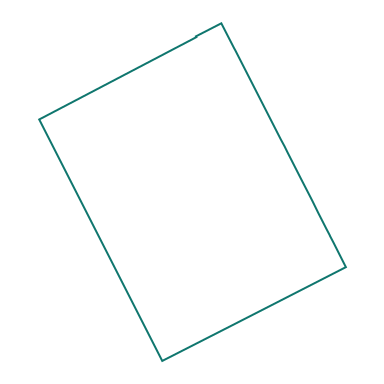 the district of Grant, Oklahoma, United States of America, rotated 63°
{"feature_id": "52423323B2994671035197", "entity_name": "Grant", "entity_type": "district", "adm_level": 2, "iso_a3": "USA", "parent_name": "United States of America", "parent_adm1": "Oklahoma", "projection": "robinson", "projection_center": [-97.776, 36.796], "detail": "fine", "context": "isolated", "style": "outline", "palette": "teal", "viewbox_px": 384, "rotation_deg": 63, "n_neighbors": 0, "source": "geoboundaries", "source_scale": "gbopen_adm2", "svg_char_len": 427}
<svg xmlns="http://www.w3.org/2000/svg" viewBox="0 0 384 384"><g transform="rotate(63 192 192)"><path d="M55.0,89.3L55.1,117.8L56.0,117.8L58.0,295.2L133.2,295.2L329.0,295.2L329.0,206.8L328.8,89.0L324.4,89.0L301.5,88.9L293.6,89.0L293.4,88.9L285.8,89.0L268.0,89.0L255.1,88.8L249.5,88.8L229.9,88.9L199.7,88.9L193.5,88.8L185.5,89.0L87.9,89.1L85.4,89.1L83.1,89.2L55.0,89.3Z" fill="none" stroke="#0f766e" stroke-width="2"/></g></svg>